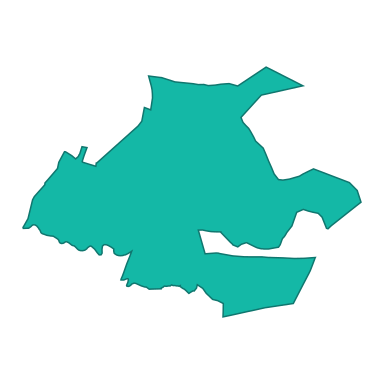 outline of San Dionisio Ocotlán, Oaxaca, Mexico
{"feature_id": "50627088B55356833838726", "entity_name": "San Dionisio Ocotlán", "entity_type": "district", "adm_level": 2, "iso_a3": "MEX", "parent_name": "Mexico", "parent_adm1": "Oaxaca", "projection": "robinson", "projection_center": [-96.667, 16.751], "detail": "fine", "context": "isolated", "style": "filled", "palette": "teal", "viewbox_px": 384, "rotation_deg": 0, "n_neighbors": 0, "source": "geoboundaries", "source_scale": "gbopen_adm2", "svg_char_len": 3759}
<svg xmlns="http://www.w3.org/2000/svg" viewBox="0 0 384 384"><path d="M293.3,303.5L303.3,284.1L305.2,280.5L309.3,272.6L309.4,272.3L310.2,270.8L312.1,265.9L313.4,262.5L315.1,257.9L315.3,257.5L304.5,258.3L294.4,258.5L283.1,257.9L273.0,257.6L270.4,257.5L268.5,257.5L262.1,256.9L260.7,256.9L253.6,256.9L249.9,256.9L246.3,256.8L244.3,256.8L232.7,255.9L219.9,253.6L218.1,253.1L217.4,253.1L216.3,253.0L205.1,253.8L198.3,230.1L202.5,230.0L206.2,230.8L210.3,231.5L211.1,231.6L215.0,231.8L220.8,231.9L220.8,232.3L230.4,242.3L232.1,243.8L232.9,244.9L237.8,246.9L241.3,244.3L246.2,242.7L247.0,242.8L247.5,243.1L255.0,246.8L256.1,247.3L257.5,247.9L258.6,248.1L260.0,248.5L261.5,248.8L262.9,248.8L263.9,249.0L268.5,249.0L275.0,247.8L278.5,247.2L280.2,244.7L281.3,241.7L281.4,241.4L282.1,239.4L282.6,238.4L283.6,237.4L284.4,236.5L285.7,234.5L286.8,232.5L291.9,226.0L296.7,212.3L303.3,209.4L308.1,211.0L312.8,212.2L318.2,213.3L322.1,217.2L326.5,228.3L328.0,228.8L331.4,225.6L356.5,205.7L361.0,202.2L357.2,190.5L349.4,182.6L313.5,168.9L308.7,171.2L303.2,173.9L299.4,176.2L294.2,177.7L289.4,179.1L282.9,180.1L278.5,179.6L274.1,173.9L271.6,167.8L268.6,161.1L265.9,154.4L263.2,148.1L259.4,144.6L255.6,141.1L253.7,137.1L250.7,131.7L248.7,128.4L245.7,125.4L243.0,122.4L241.0,117.4L261.3,95.1L302.9,85.8L266.1,67.1L254.4,74.9L237.7,86.0L229.1,83.6L220.9,84.2L215.3,85.1L208.2,85.6L203.9,84.5L198.3,84.6L193.0,83.7L174.9,81.9L161.6,77.6L159.5,77.4L148.6,76.0L151.2,85.6L151.6,87.4L152.1,90.0L152.4,93.8L152.5,98.0L151.5,104.7L150.7,109.9L148.7,109.1L144.4,107.5L141.8,121.2L138.1,126.0L96.8,163.0L96.3,163.0L95.8,166.3L93.8,165.7L82.9,162.3L82.2,161.7L82.6,160.2L84.1,155.5L87.0,147.6L82.0,146.7L79.7,154.0L79.1,154.7L78.8,155.5L78.2,156.6L75.6,158.9L71.8,155.7L67.5,153.0L65.5,151.8L64.5,151.7L60.9,158.4L58.8,162.3L57.5,168.5L47.9,179.7L45.0,182.9L44.8,184.8L34.4,196.5L32.6,199.8L28.1,218.3L28.0,218.7L23.7,226.3L23.0,227.4L23.3,228.4L25.8,228.3L28.7,228.2L30.8,226.7L32.1,225.4L33.2,224.8L34.7,224.9L35.3,225.0L36.9,226.1L37.6,227.0L37.8,227.2L38.4,227.9L39.1,229.2L40.0,230.2L41.0,232.7L42.3,233.7L44.2,234.3L46.8,235.3L49.9,235.8L50.2,235.9L53.3,236.2L54.4,236.9L55.7,237.7L57.2,238.7L58.0,239.3L58.9,240.5L59.2,241.8L60.1,243.0L61.5,243.5L63.1,243.3L64.3,242.7L65.5,241.8L66.8,241.8L68.5,242.6L69.5,243.3L71.9,245.2L73.2,245.7L74.3,245.9L76.0,247.5L77.6,249.2L78.8,250.1L80.4,250.6L82.6,250.7L84.8,250.2L86.7,248.9L87.6,247.7L89.3,246.5L90.3,246.0L91.4,246.3L93.1,247.8L94.6,249.1L97.4,252.9L99.2,254.9L101.1,254.8L102.1,253.1L102.0,249.1L102.5,246.0L104.0,244.7L106.2,244.7L108.3,245.5L111.3,247.2L113.8,249.0L113.7,250.9L114.0,252.3L114.1,253.1L115.2,254.1L116.9,255.1L118.8,255.6L120.7,255.7L122.9,255.5L124.0,255.0L124.7,255.0L125.5,254.8L126.5,254.3L128.3,253.4L131.7,251.2L129.8,256.4L127.4,262.3L127.0,263.3L126.4,264.9L123.6,272.9L122.4,276.1L121.0,279.3L121.1,279.7L121.0,279.9L121.6,280.0L123.8,280.0L126.7,278.8L127.6,278.7L128.2,278.9L128.4,279.5L128.1,281.1L127.9,282.3L127.0,284.3L126.6,285.5L126.8,286.1L127.9,286.4L128.8,286.4L130.6,285.4L131.7,284.1L134.1,283.1L135.8,283.4L139.8,285.2L141.3,285.9L144.8,287.0L146.4,287.1L149.2,289.2L150.9,289.1L161.2,288.8L161.2,288.1L162.9,287.3L164.3,286.1L166.5,286.3L168.9,285.9L170.1,286.0L171.6,284.9L172.6,285.4L173.5,285.6L174.7,285.5L175.6,285.7L176.6,285.9L177.8,285.9L178.9,286.2L180.1,285.7L179.9,286.4L180.8,287.0L182.6,288.3L184.5,289.3L186.2,290.8L187.9,292.5L188.9,293.4L190.2,292.5L192.9,290.9L194.2,291.0L196.5,288.1L197.3,284.7L202.8,288.4L206.2,293.3L212.6,299.4L217.8,300.7L223.3,303.5L223.2,311.4L223.0,316.9L227.8,315.9L228.8,315.7L233.8,314.6L235.6,314.2L237.9,313.7L245.5,312.0L248.2,311.4L251.7,310.7L265.6,307.6L265.9,307.6L293.3,303.5Z" fill="#14b8a6" stroke="#0f766e" stroke-width="1.5"/></svg>